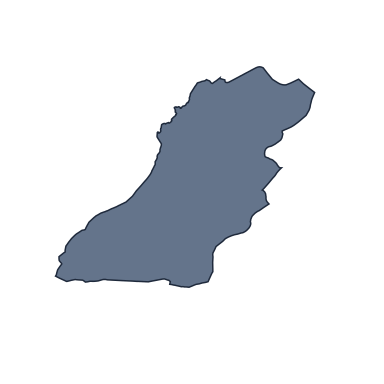 Hornindal nor, Sogn og Fjordane, Norway (Robinson projection), rotated 138°
{"feature_id": "86288312B93534014402224", "entity_name": "Hornindal nor", "entity_type": "district", "adm_level": 2, "iso_a3": "NOR", "parent_name": "Norway", "parent_adm1": "Sogn og Fjordane", "projection": "robinson", "projection_center": [6.586, 61.998], "detail": "fine", "context": "isolated", "style": "filled", "palette": "slate", "viewbox_px": 384, "rotation_deg": 138, "n_neighbors": 0, "source": "geoboundaries", "source_scale": "gbopen_adm2", "svg_char_len": 5823}
<svg xmlns="http://www.w3.org/2000/svg" viewBox="0 0 384 384"><g transform="rotate(138 192 192)"><path d="M240.1,114.6L238.3,115.4L231.7,118.3L229.9,118.8L228.1,120.8L223.8,125.8L219.9,129.7L218.5,131.6L217.2,132.7L214.0,133.9L212.4,134.6L210.6,135.4L202.1,134.8L198.4,135.0L195.1,134.2L191.7,133.0L189.0,131.8L186.1,130.1L183.0,128.7L181.4,127.7L180.3,127.4L178.5,127.0L176.8,126.9L174.0,127.1L172.9,127.4L171.4,127.9L170.2,128.6L169.4,129.3L168.9,130.0L168.6,130.8L167.6,131.5L166.9,132.2L163.9,133.7L162.9,133.9L161.5,134.0L159.2,134.1L156.7,133.8L155.4,133.5L154.6,133.2L152.2,132.9L148.9,132.5L142.8,131.6L142.8,132.4L142.8,133.7L142.8,134.0L142.7,134.8L142.6,135.4L142.0,136.8L141.2,137.9L140.3,138.8L139.9,139.4L139.2,140.5L138.8,141.0L138.4,141.7L138.3,142.3L138.0,143.1L138.0,143.8L138.0,144.2L138.1,145.9L138.4,146.4L136.5,146.5L129.5,147.3L122.6,148.3L120.2,148.5L119.1,148.7L117.8,149.0L116.6,149.4L114.1,149.8L111.8,150.0L109.3,150.1L110.2,150.9L110.6,151.6L110.7,152.3L110.7,153.0L110.5,155.1L110.1,156.8L110.2,157.5L110.2,158.2L110.4,159.7L110.6,161.6L111.0,162.7L111.9,164.2L112.6,166.4L113.3,167.5L114.0,169.1L113.9,169.6L113.7,170.1L113.3,170.7L112.5,171.9L110.9,173.3L110.1,173.9L109.1,174.3L108.2,174.6L107.2,174.7L106.1,174.6L104.9,174.4L103.3,173.5L102.5,173.1L101.2,172.7L99.5,172.3L98.4,172.0L92.7,171.4L91.4,171.3L90.3,171.6L88.9,172.1L85.6,174.4L85.1,176.0L84.1,177.0L82.6,176.5L81.5,176.2L79.3,175.4L76.5,174.5L74.9,174.0L71.7,173.4L66.7,172.9L64.3,172.8L56.0,172.6L50.2,174.5L47.7,175.9L45.3,177.8L43.0,179.3L41.8,180.2L40.2,181.1L37.3,182.5L34.3,183.9L35.4,189.9L36.8,198.0L37.3,204.5L41.2,205.6L45.9,207.0L50.2,208.6L51.2,209.3L52.4,210.5L53.3,211.7L54.1,213.0L54.7,214.4L55.3,216.2L56.9,221.9L56.5,230.4L56.0,236.6L56.5,237.7L57.1,238.8L58.2,240.0L59.5,240.8L61.0,241.4L64.0,242.2L85.4,247.5L91.3,249.0L92.7,249.8L93.7,251.1L93.5,252.0L92.6,253.4L92.7,253.5L93.0,254.0L93.9,255.4L95.0,257.2L95.4,257.7L94.8,258.1L99.4,258.4L101.8,258.8L104.0,259.0L104.3,259.1L104.8,260.2L104.7,261.4L104.6,262.0L104.6,262.3L104.8,263.2L105.5,264.4L106.0,265.8L108.1,266.0L108.5,266.3L110.9,267.7L112.2,268.1L114.6,269.3L115.4,269.4L116.5,269.0L117.7,268.7L119.3,268.4L127.4,266.1L129.2,264.7L131.1,263.7L132.0,262.4L133.5,261.7L134.3,261.5L134.4,261.4L134.6,261.1L134.9,261.0L135.1,261.0L135.3,261.1L135.6,261.5L135.9,261.5L136.2,261.5L136.9,261.4L137.6,261.2L138.2,260.9L138.5,260.8L138.8,260.8L139.7,261.0L140.3,261.2L140.8,261.5L141.0,261.8L141.3,261.9L141.5,261.9L141.9,261.9L142.5,261.9L143.0,261.8L143.3,261.7L143.6,261.6L143.9,261.6L144.3,261.7L144.6,262.0L144.6,262.3L144.2,262.6L144.4,263.3L144.6,263.7L144.6,263.9L144.7,264.1L144.8,264.1L144.9,264.3L145.2,264.4L145.5,264.5L146.0,264.8L146.5,265.0L146.8,265.3L146.7,265.6L147.1,266.1L147.6,266.3L148.3,266.6L148.8,266.5L148.9,266.3L149.3,264.6L149.6,263.8L150.2,263.6L150.3,263.4L150.4,263.0L150.5,262.9L150.9,262.7L150.8,262.3L150.9,262.1L150.9,261.8L150.8,261.4L151.0,260.6L152.2,260.4L152.2,260.0L152.4,260.0L152.7,260.0L153.6,259.8L154.0,259.8L154.9,259.9L156.8,259.9L157.0,259.8L158.1,259.8L158.4,259.8L158.6,259.7L159.1,259.1L159.2,258.9L159.3,258.9L159.7,258.6L159.6,258.4L160.5,258.2L161.8,258.3L162.5,258.3L163.0,258.7L163.1,259.0L163.1,259.3L163.4,259.3L163.5,259.4L163.5,259.5L164.6,260.0L165.4,260.2L165.9,260.2L165.9,260.4L166.2,260.8L166.3,261.1L166.7,261.3L166.9,261.6L167.0,261.7L167.8,262.0L168.0,262.1L168.7,262.3L169.6,262.3L171.6,260.7L171.9,260.3L172.2,260.2L172.6,260.2L172.9,260.0L173.5,259.5L173.8,259.1L174.3,258.2L174.6,258.2L175.0,257.9L175.7,257.7L176.8,257.8L177.1,257.8L177.3,258.0L177.2,258.3L177.2,258.6L177.2,258.8L177.1,259.0L177.3,259.1L177.3,259.4L178.0,259.4L180.8,256.7L181.2,256.0L182.5,248.3L183.6,247.2L184.9,246.4L185.9,245.9L186.8,245.3L187.7,244.7L188.3,243.8L189.1,243.4L189.9,243.1L190.8,242.9L192.1,242.8L193.1,242.5L194.2,241.7L194.4,241.2L194.8,240.8L195.4,240.6L195.6,240.3L196.9,239.8L197.9,239.5L199.0,239.2L199.3,239.0L199.7,238.4L200.2,238.0L200.3,237.7L200.7,237.2L201.2,237.0L201.9,236.7L202.5,236.6L203.2,236.2L204.1,235.9L205.3,235.4L207.8,234.5L208.7,233.9L211.3,233.0L215.6,232.1L217.5,231.8L220.4,231.5L223.5,231.1L225.7,230.8L232.6,230.1L236.2,229.3L239.1,228.7L240.2,228.7L241.8,228.7L247.6,228.7L248.4,228.8L249.0,229.1L251.0,229.6L252.5,230.1L254.1,230.5L255.6,231.0L257.7,231.5L261.5,232.8L262.7,233.3L265.1,234.0L267.4,234.6L268.5,235.2L269.5,235.4L271.6,236.4L272.8,236.8L273.5,237.2L275.9,237.7L277.4,238.0L279.4,238.5L280.4,238.5L281.9,238.6L288.4,238.5L289.1,238.4L290.6,237.8L291.1,237.7L293.3,236.9L294.4,236.5L295.7,235.9L296.5,235.6L297.6,236.0L298.5,236.6L299.3,237.1L300.4,237.3L302.0,237.5L305.6,238.1L306.7,238.2L308.4,238.2L312.8,238.0L314.9,237.6L316.9,237.3L318.2,237.0L320.2,236.5L321.5,236.3L322.7,235.6L323.3,235.1L325.3,233.6L325.9,232.8L326.5,232.3L327.4,232.5L328.4,232.6L331.5,232.8L333.2,232.9L334.2,232.9L334.5,232.5L335.3,231.6L335.7,231.1L336.0,230.7L336.6,229.8L336.6,229.1L336.7,227.8L336.7,226.8L336.7,226.1L337.1,225.6L338.2,225.4L339.7,225.1L342.3,224.5L344.0,224.0L346.1,222.7L348.3,221.2L349.7,220.8L348.0,216.3L345.8,211.3L345.3,210.0L344.9,209.3L342.1,207.8L340.9,207.2L337.3,205.1L336.8,204.4L335.4,202.9L332.2,199.6L331.8,198.0L331.5,196.4L329.5,195.0L327.5,193.9L324.6,191.2L322.6,189.7L321.2,188.7L317.2,186.8L316.1,186.1L314.7,184.8L313.7,183.4L303.1,172.8L295.8,165.6L292.8,162.5L291.7,161.5L284.6,154.5L281.7,152.8L280.7,152.2L279.9,151.7L277.6,150.3L272.3,147.1L271.5,146.5L270.7,145.9L269.6,144.0L269.1,143.0L268.3,141.9L268.2,141.1L268.1,139.9L270.3,138.3L269.7,137.6L269.1,136.9L267.8,135.0L267.1,134.2L266.0,132.6L264.7,130.8L263.3,128.7L262.0,127.7L261.2,126.6L259.8,125.3L257.9,123.2L254.6,122.0L252.8,121.4L250.7,120.6L248.1,118.9L245.3,117.6L242.5,115.8L240.1,114.6Z" fill="#64748b" stroke="#1e293b" stroke-width="1.5"/></g></svg>